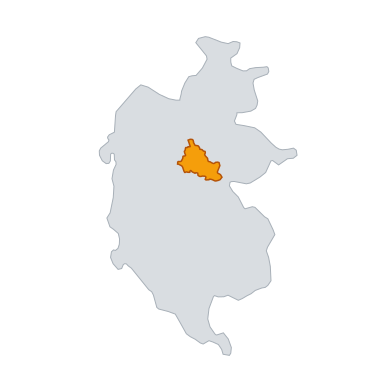 Switzerland, with Uri highlighted, rotated 279°
{"feature_id": "CHE-175", "entity_name": "Uri", "entity_type": "Canton", "adm_level": 1, "iso_a3": "CHE", "parent_name": "Switzerland", "parent_adm1": "", "projection": "orthographic", "projection_center": [8.637, 46.761], "detail": "fine", "context": "in_parent", "style": "filled", "palette": "amber", "viewbox_px": 384, "rotation_deg": 279, "n_neighbors": 0, "source": "natural_earth", "source_scale": "10m", "svg_char_len": 4631}
<svg xmlns="http://www.w3.org/2000/svg" viewBox="0 0 384 384"><g transform="rotate(279 192 192)"><path d="M282.8,119.0L284.9,120.3L289.8,124.7L288.7,132.3L283.3,144.5L280.5,154.4L280.2,162.0L280.8,165.6L281.8,165.5L287.2,166.0L289.9,165.9L298.5,167.9L305.4,170.8L306.8,173.9L307.8,177.8L316.1,182.9L325.5,186.1L328.7,185.0L340.1,172.4L344.7,174.4L347.5,180.8L347.5,184.3L344.6,197.5L344.2,204.5L347.1,209.1L347.4,212.8L346.7,216.1L342.0,216.5L335.7,214.8L330.3,209.3L326.3,210.0L322.8,211.5L321.1,216.9L319.6,223.4L320.2,226.9L322.8,229.6L324.8,235.4L326.4,242.9L327.5,246.4L326.4,247.9L323.0,249.0L320.3,248.1L315.3,239.1L313.0,235.7L309.2,235.2L302.5,237.5L292.2,242.7L288.1,242.7L284.5,241.7L281.1,237.5L278.2,229.2L277.3,224.0L275.3,224.2L268.7,222.8L265.7,224.9L265.7,233.3L265.2,243.9L261.9,250.7L252.8,262.5L249.4,267.7L248.0,271.3L247.8,274.6L249.2,280.1L251.2,285.4L249.6,288.4L244.7,290.0L241.2,286.8L239.8,281.1L232.3,273.3L235.7,266.7L235.1,265.1L222.8,261.7L217.4,256.8L210.0,248.1L208.6,244.4L209.0,232.3L208.5,229.4L207.5,228.0L203.9,228.0L198.9,232.2L194.3,238.5L184.7,245.5L183.7,247.0L186.9,253.9L186.7,256.6L178.9,267.5L177.4,271.1L167.5,277.9L162.9,280.5L149.3,275.2L145.5,274.6L139.4,277.9L130.7,281.0L116.7,283.9L111.6,281.5L109.2,279.2L108.1,275.9L104.7,269.9L100.8,266.3L98.1,262.5L94.6,258.3L92.3,254.7L95.7,243.7L93.5,239.8L92.5,234.2L93.2,230.4L91.9,229.5L79.5,227.0L69.1,227.4L61.6,230.9L55.4,236.8L54.6,238.2L54.9,239.3L57.8,245.0L52.5,250.8L44.5,255.2L38.9,255.5L36.5,254.5L36.6,248.1L41.2,245.9L45.5,241.9L47.1,236.1L47.8,232.0L43.6,226.8L44.2,223.8L47.1,218.1L48.8,213.0L51.1,208.6L59.9,201.7L68.8,194.6L70.3,186.9L71.2,177.5L72.5,175.3L84.2,170.0L87.2,167.8L88.7,164.6L98.0,154.3L107.3,144.0L109.1,140.5L110.7,138.5L110.7,136.8L109.6,135.5L105.4,134.5L104.0,131.1L108.8,125.3L114.6,121.8L120.3,121.8L122.5,123.5L122.3,125.5L124.7,127.7L129.0,128.4L134.3,127.8L139.5,125.7L142.8,120.4L144.8,116.4L153.0,112.0L158.6,114.4L174.2,115.1L185.5,114.0L192.6,110.9L201.4,111.0L207.3,112.7L208.4,112.5L210.0,112.1L211.6,110.4L217.2,109.3L217.9,107.9L217.7,106.5L216.7,105.7L209.9,106.5L207.3,105.4L206.6,102.8L208.8,98.5L213.8,94.9L218.1,94.0L221.1,95.0L228.6,101.6L230.4,101.8L231.5,100.6L233.0,100.0L235.6,101.3L238.5,105.4L239.0,106.0L255.7,104.5L259.5,104.5L270.9,111.6L282.8,119.0Z" fill="#d9dde1" stroke="#a8b0b8" stroke-width="1"/><path d="M219.3,173.2L219.5,173.4L219.9,173.6L220.0,173.9L220.2,175.3L220.5,176.2L221.0,176.7L221.4,176.8L222.0,177.0L223.5,177.5L224.0,177.6L225.6,177.5L225.9,177.6L226.1,177.9L226.4,179.0L226.9,179.8L227.3,179.9L227.8,179.7L228.5,179.2L229.2,178.8L229.7,178.6L230.5,178.2L231.0,178.1L231.3,178.2L231.8,178.6L232.4,178.7L234.4,178.7L234.9,178.9L235.1,179.3L235.0,179.7L235.1,180.2L235.3,180.5L235.7,181.0L236.1,181.0L236.2,181.3L236.3,182.4L236.5,183.0L237.0,183.1L237.5,182.7L239.2,181.8L239.5,181.7L242.6,180.0L243.6,181.6L243.7,181.9L243.9,182.6L243.9,183.1L243.9,184.2L243.6,184.7L243.1,185.1L241.7,185.7L241.3,185.8L241.1,185.8L240.9,185.8L240.7,186.0L240.4,186.3L238.6,187.7L238.5,188.3L238.6,188.8L238.6,190.7L237.9,191.7L237.1,192.2L236.6,192.7L236.2,192.8L235.6,193.0L235.4,193.2L235.5,194.4L235.4,195.3L234.8,196.1L234.2,197.0L234.1,197.4L234.2,198.3L234.0,198.6L233.7,198.8L232.7,199.0L232.4,199.0L231.4,198.6L230.2,199.1L229.5,199.8L227.9,201.9L227.2,202.3L226.5,202.4L225.4,202.9L224.9,203.3L224.7,203.8L224.7,204.1L224.7,204.3L224.7,204.7L224.6,205.3L224.1,206.4L223.6,208.0L223.5,208.6L223.6,209.1L223.8,209.5L224.0,209.9L224.2,210.0L224.5,210.2L224.8,210.4L225.0,210.7L225.3,211.9L225.5,212.7L225.3,214.1L222.4,215.4L216.3,214.0L215.5,214.0L215.0,214.2L214.8,214.4L214.6,214.6L214.1,216.2L213.8,216.9L213.6,217.4L211.3,219.3L208.6,217.8L207.6,216.2L206.8,214.3L206.6,213.7L206.6,213.1L206.6,212.6L207.1,211.0L207.4,209.9L207.5,208.7L207.5,207.8L207.4,207.4L207.3,207.1L206.7,206.8L206.5,205.5L206.2,204.7L206.2,203.5L206.5,203.1L206.9,203.1L208.1,203.4L208.6,203.4L209.1,203.3L209.4,202.9L209.5,202.4L209.6,201.8L209.6,201.4L209.5,201.0L209.4,200.6L209.4,200.0L209.3,199.6L208.9,198.8L208.7,198.2L208.6,197.3L208.7,196.8L209.3,195.4L211.5,194.7L211.6,194.2L211.7,193.7L211.6,193.2L211.6,192.9L211.5,192.6L211.3,192.5L211.1,192.3L211.0,191.9L211.3,191.3L211.4,190.6L211.8,189.3L212.2,188.6L212.7,188.0L212.9,187.7L213.0,187.5L213.0,187.3L212.8,187.1L212.7,186.9L212.1,186.8L211.8,186.6L211.1,186.7L210.8,184.7L211.0,183.9L210.9,183.3L210.7,182.8L210.2,182.1L210.2,181.7L210.4,181.5L211.5,180.7L215.0,178.9L215.8,178.2L216.1,177.9L216.3,177.5L217.3,174.5L217.4,174.0L217.3,173.4L219.3,173.2Z" fill="#f59e0b" stroke="#b45309" stroke-width="1.5"/></g></svg>